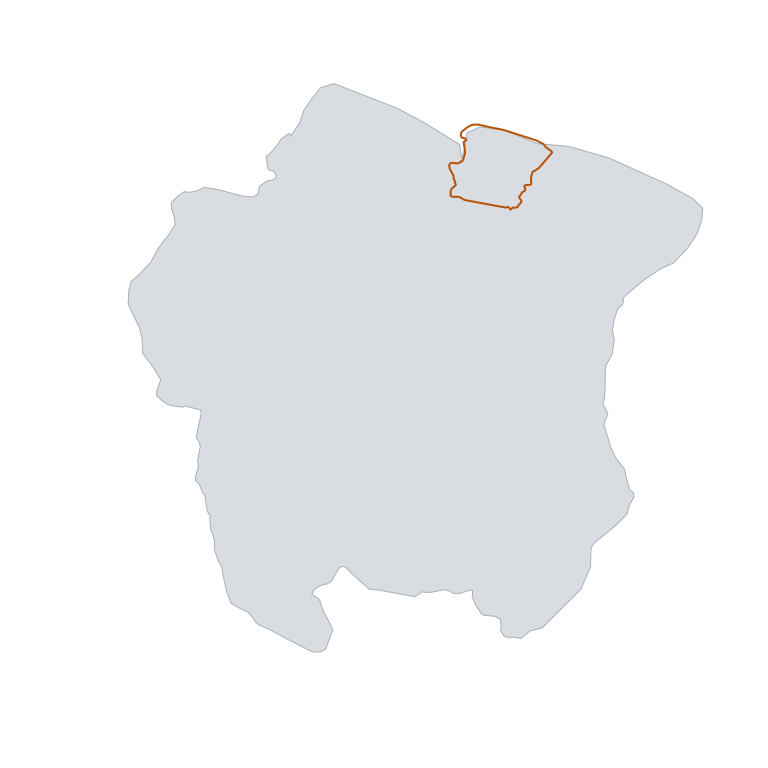 location of Saramacca within Suriname, rotated 15°
{"feature_id": "SUR-73", "entity_name": "Saramacca", "entity_type": "District", "adm_level": 1, "iso_a3": "SUR", "parent_name": "Suriname", "parent_adm1": "", "projection": "mercator", "projection_center": [-55.645, 5.696], "detail": "fine", "context": "in_parent", "style": "outline", "palette": "amber", "viewbox_px": 768, "rotation_deg": 15, "n_neighbors": 0, "source": "natural_earth", "source_scale": "10m", "svg_char_len": 3803}
<svg xmlns="http://www.w3.org/2000/svg" viewBox="0 0 768 768"><g transform="rotate(15 384 384)"><path d="M632.7,191.7L621.5,201.1L609.3,214.6L593.2,237.9L594.0,245.2L590.4,251.1L589.6,261.6L590.7,273.2L594.8,280.9L596.7,295.5L593.6,308.6L594.8,316.2L598.1,328.3L600.7,341.1L600.4,346.3L604.3,350.5L607.9,354.7L606.8,366.1L619.5,386.6L627.2,395.5L638.5,404.2L642.6,412.6L648.9,422.9L652.7,424.1L654.8,428.2L652.7,436.1L652.2,447.0L645.1,459.7L628.4,483.0L626.4,488.4L630.8,507.7L628.4,523.6L627.4,531.2L619.3,545.1L599.9,578.7L588.8,584.8L582.1,594.5L577.8,594.6L572.9,595.5L571.4,596.7L565.3,596.6L560.6,592.3L559.8,587.2L557.3,581.4L551.3,579.6L540.0,581.6L536.8,580.2L530.0,573.9L524.5,567.1L523.1,560.6L519.5,561.2L510.9,567.1L505.0,568.3L500.4,566.8L495.2,567.2L482.1,573.6L474.4,575.1L468.9,581.5L432.4,584.4L422.9,586.1L401.2,575.0L395.5,571.4L392.7,570.8L390.2,571.4L387.9,573.9L384.3,587.9L381.0,591.7L375.3,594.7L369.8,600.3L368.6,605.7L377.2,608.7L384.3,619.2L392.1,627.6L398.3,635.0L397.4,643.4L396.4,655.3L391.9,659.3L384.3,661.3L356.7,655.5L335.6,650.4L326.7,649.3L322.7,648.0L317.4,643.6L312.0,639.6L303.4,638.1L293.1,635.4L285.6,624.9L277.8,610.0L275.0,603.3L268.9,596.8L262.9,587.5L261.0,579.3L256.5,571.8L254.1,569.3L250.6,559.0L249.9,555.2L248.2,554.8L245.7,551.5L240.8,540.5L239.7,537.8L237.6,536.8L231.9,529.1L227.4,526.5L225.8,522.5L226.2,511.8L223.8,506.5L223.0,496.4L222.9,492.3L220.6,487.9L216.7,484.9L216.0,477.7L215.1,459.7L213.3,456.5L197.0,456.8L195.4,458.5L188.4,459.6L180.5,459.8L173.4,457.4L167.6,454.2L166.3,450.3L167.2,437.8L157.8,428.4L142.8,416.6L138.3,401.8L132.8,392.5L116.2,373.1L113.3,359.8L113.2,350.4L119.1,341.8L127.2,326.6L130.5,312.8L133.0,305.7L137.2,296.3L141.0,284.1L138.1,276.6L133.2,269.2L131.5,263.7L136.3,255.7L141.2,250.0L146.6,249.2L153.5,245.8L159.0,240.9L167.3,239.6L177.7,239.1L198.8,239.1L209.6,237.0L213.0,233.1L212.5,225.5L217.9,218.7L223.5,215.8L225.8,213.6L226.1,211.0L224.6,208.7L222.4,207.2L216.5,206.7L211.3,194.8L214.8,189.7L219.4,180.1L220.7,174.8L227.8,166.3L229.5,168.9L235.0,153.5L235.6,141.0L239.8,128.7L246.2,114.1L257.8,106.8L324.9,114.2L355.6,121.2L395.1,133.2L400.6,146.1L400.9,133.2L399.0,120.2L409.9,111.0L433.9,107.7L469.7,112.2L500.5,106.7L542.4,107.4L606.0,117.9L634.5,125.1L646.3,131.6L648.5,143.3L647.4,158.2L642.8,172.5L632.7,191.7Z" fill="#d9dde1" stroke="#a8b0b8" stroke-width="1"/><path d="M400.7,149.1L401.6,149.1L402.3,147.0L402.5,144.9L402.5,140.4L402.0,138.1L399.7,133.0L398.3,129.7L400.3,127.0L399.0,125.8L397.4,125.9L395.8,126.0L393.9,124.4L393.5,121.7L394.1,119.7L396.3,116.9L397.2,115.5L398.9,113.7L400.2,112.3L402.2,110.8L404.6,109.9L407.7,109.1L411.0,108.9L423.1,108.4L429.8,107.8L435.3,107.7L467.6,109.3L475.5,110.8L479.2,113.4L481.3,114.3L484.2,115.2L485.1,115.7L486.5,116.8L486.4,117.1L477.8,135.2L474.1,139.3L473.0,140.1L472.6,141.6L472.5,144.8L473.3,149.7L474.1,151.0L474.4,151.9L474.4,152.9L473.7,153.6L472.4,154.2L470.2,154.8L468.6,155.9L468.3,156.8L468.8,157.5L469.5,158.3L470.0,159.1L470.2,160.1L469.8,161.1L469.0,162.0L467.9,163.0L467.5,163.9L467.1,165.8L466.2,167.6L466.3,168.5L466.8,169.4L468.8,171.0L469.4,171.8L469.5,172.7L469.3,173.6L468.7,174.6L468.0,175.4L467.7,176.2L467.5,177.9L467.1,178.6L466.1,179.2L464.2,180.1L463.0,180.1L462.3,180.9L462.0,181.7L461.6,182.4L460.9,182.7L459.9,182.0L459.2,181.3L458.4,180.8L457.3,181.2L456.5,181.8L454.9,182.2L414.4,185.4L409.1,184.0L407.5,183.9L401.5,185.5L400.3,185.2L399.3,184.5L399.1,182.3L398.5,180.7L398.5,178.8L399.5,176.6L400.8,175.3L401.6,173.9L401.7,172.6L400.3,171.2L399.8,169.5L398.1,167.5L397.3,164.9L396.3,163.8L395.8,163.4L392.3,159.6L391.2,158.0L390.8,157.0L390.5,156.1L390.4,155.2L390.7,154.2L391.0,153.6L391.8,153.0L392.9,152.6L396.6,152.2L398.6,151.7L400.4,149.8L400.7,149.1Z" fill="none" stroke="#b45309" stroke-width="2"/></g></svg>